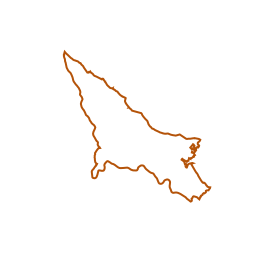 Ungra, Brasov, Romania, rotated 59°
{"feature_id": "2599482B21133330999622", "entity_name": "Ungra", "entity_type": "district", "adm_level": 2, "iso_a3": "ROU", "parent_name": "Romania", "parent_adm1": "Brasov", "projection": "natural_earth1", "projection_center": [25.208, 45.983], "detail": "fine", "context": "isolated", "style": "outline", "palette": "amber", "viewbox_px": 256, "rotation_deg": 59, "n_neighbors": 0, "source": "geoboundaries", "source_scale": "gbopen_adm2", "svg_char_len": 5807}
<svg xmlns="http://www.w3.org/2000/svg" viewBox="0 0 256 256"><g transform="rotate(59 128 128)"><path d="M153.8,182.6L154.0,182.2L154.1,181.3L154.0,180.7L153.5,179.8L152.3,178.3L149.4,175.4L149.4,174.6L150.4,173.4L151.0,172.8L151.7,171.7L151.8,171.4L151.9,170.8L151.8,170.4L151.2,169.4L150.3,168.6L149.3,168.0L148.0,167.6L147.5,167.3L146.8,166.4L146.4,165.5L145.9,163.8L145.8,163.2L145.8,162.8L146.0,162.5L146.4,162.1L148.5,161.0L149.8,160.5L150.4,160.1L151.2,159.3L151.6,159.0L152.9,158.3L156.4,156.9L157.5,156.2L157.9,155.9L158.7,154.8L160.0,152.3L161.2,149.8L161.8,148.8L163.0,147.9L164.8,147.1L165.5,146.7L166.9,145.5L168.5,143.1L168.8,142.3L168.8,141.9L168.6,141.4L168.3,140.8L167.5,140.1L167.2,139.6L167.0,139.2L166.8,137.4L166.8,136.9L166.8,136.3L167.1,135.6L167.3,135.2L168.1,134.3L168.5,134.1L169.3,133.9L170.6,133.9L172.3,133.7L173.3,133.4L176.6,132.2L178.0,131.5L179.7,130.0L180.3,129.7L183.6,129.6L185.7,129.2L186.5,129.2L188.1,129.5L190.8,129.9L191.7,129.7L192.6,128.9L192.9,128.3L193.1,127.4L193.1,126.8L192.7,125.5L192.2,124.6L191.9,124.1L191.8,123.4L191.8,122.7L192.2,121.0L192.8,120.3L193.4,119.9L193.9,119.7L194.5,119.6L195.7,119.7L196.5,120.1L199.2,122.2L200.4,122.8L203.4,123.2L205.0,123.6L205.4,123.5L206.4,123.1L207.0,122.4L207.7,120.6L208.4,119.5L209.5,118.4L211.6,117.0L216.6,114.5L217.0,114.3L219.0,113.9L221.9,112.7L222.9,112.4L223.3,112.2L223.4,111.6L223.4,111.2L223.2,110.8L222.5,110.3L221.5,110.1L221.3,109.8L221.2,109.0L221.0,108.6L220.4,107.8L220.3,107.5L220.4,106.8L222.2,105.1L223.0,104.5L223.5,104.3L224.8,104.0L225.9,103.6L225.3,102.8L224.4,101.1L224.2,101.3L223.6,100.2L223.7,99.8L223.7,98.6L223.1,98.0L222.8,96.8L223.4,96.3L223.4,96.0L223.2,94.4L222.0,93.6L222.0,93.1L222.1,92.5L222.9,91.1L222.4,90.2L221.9,88.8L221.2,88.1L220.4,89.2L219.3,90.1L218.5,90.1L218.0,90.3L217.8,90.2L217.1,90.4L215.4,90.4L214.3,90.8L213.8,91.2L213.8,91.8L213.1,92.1L212.2,92.3L210.3,92.4L205.2,92.4L203.9,92.2L202.3,92.2L201.9,92.4L200.0,92.5L191.9,92.4L191.6,91.6L191.5,90.9L191.6,90.5L191.1,90.9L190.1,93.9L190.1,95.0L190.3,95.8L190.4,95.7L191.5,97.1L191.4,97.3L192.2,97.9L192.2,98.0L191.7,98.4L190.9,98.5L190.7,97.6L188.7,96.9L188.6,97.9L185.3,97.1L184.8,97.4L184.9,97.5L182.8,98.4L182.6,98.1L182.8,97.9L182.5,97.3L184.4,96.6L184.7,96.2L186.2,95.7L186.5,95.4L187.1,95.0L186.8,94.6L187.1,94.4L186.8,93.6L186.8,93.2L187.1,93.0L185.3,91.2L186.7,90.3L186.3,90.0L186.3,89.7L186.2,89.6L186.6,88.8L186.1,86.6L186.6,86.5L186.6,86.2L185.7,86.0L185.7,84.6L183.6,84.8L182.1,81.0L181.1,80.8L179.9,78.3L180.8,77.8L180.4,76.8L180.0,76.3L179.8,76.1L179.4,76.1L178.5,76.4L178.0,76.5L177.5,76.4L176.5,75.6L176.2,73.6L175.8,72.7L175.3,72.1L174.9,72.3L173.9,72.9L171.0,76.1L171.1,76.3L170.8,76.7L170.5,77.1L169.3,80.1L168.3,81.8L167.8,83.0L167.2,83.7L160.2,87.0L159.1,91.0L157.0,93.5L155.7,94.8L153.3,96.6L152.4,98.5L151.5,99.9L150.6,100.7L150.3,101.1L149.8,101.4L148.2,102.9L147.0,103.6L143.8,105.8L141.8,106.7L141.1,107.5L140.5,107.7L138.8,107.9L138.1,108.3L135.5,108.5L133.1,108.0L132.0,107.8L130.6,108.1L129.2,108.5L125.9,109.0L124.2,109.1L123.0,108.9L122.1,109.0L115.2,115.6L113.8,115.7L113.5,115.8L111.9,116.4L110.8,116.5L110.7,116.8L110.6,116.6L110.4,116.7L110.1,116.5L110.2,116.4L110.0,116.6L108.9,116.8L106.7,117.1L106.3,117.0L105.9,117.1L105.7,117.0L105.1,117.1L104.0,116.9L103.3,116.7L102.1,115.5L101.9,115.4L101.6,115.0L101.2,114.6L100.7,114.8L100.6,115.0L100.0,115.2L98.5,116.4L98.3,116.4L98.2,116.6L97.5,116.8L97.4,117.0L95.0,117.9L93.8,118.0L93.4,118.2L91.4,118.3L90.1,119.3L89.7,119.3L89.1,119.6L88.9,119.6L88.5,119.7L88.1,120.0L87.5,120.2L87.5,120.4L87.0,120.7L86.2,120.8L86.0,120.6L86.0,121.0L85.6,121.5L84.6,122.5L83.9,122.9L82.7,123.1L82.0,123.4L80.2,123.8L79.4,123.8L78.8,123.7L78.0,123.7L77.8,123.8L77.0,123.8L76.8,123.8L76.6,123.9L76.4,123.7L76.2,123.9L74.8,123.9L74.6,124.0L73.7,123.9L73.0,124.0L72.6,124.5L72.5,124.8L72.8,125.4L67.8,128.5L66.1,129.8L65.2,130.2L63.5,130.3L62.6,130.7L61.6,131.0L61.3,131.3L60.9,131.3L60.2,131.3L60.4,131.8L60.3,132.0L60.1,132.2L60.2,132.5L59.8,132.7L59.8,133.0L60.2,133.1L60.2,133.3L60.0,133.5L59.9,133.8L59.5,134.3L53.5,134.7L52.0,134.6L51.4,134.7L49.8,135.2L49.4,135.3L48.4,135.2L48.2,135.4L47.8,135.4L47.6,135.6L47.1,136.1L45.8,136.4L44.9,136.8L43.6,138.0L43.3,138.1L42.1,139.3L40.8,140.0L39.9,140.2L38.5,140.9L33.6,142.2L32.6,142.6L30.1,143.0L31.7,144.7L32.4,145.1L32.3,145.3L33.3,145.9L34.9,146.4L36.4,146.6L38.8,147.7L39.5,147.7L44.7,149.5L47.7,149.7L48.7,149.6L51.2,148.9L53.0,149.0L55.7,149.4L56.8,149.7L59.0,150.4L60.2,150.6L64.0,150.3L65.1,150.0L67.0,149.8L68.2,149.6L70.4,149.8L71.4,149.9L72.3,150.2L72.9,150.5L73.9,151.4L74.8,152.0L77.6,151.7L79.8,152.1L80.2,152.5L81.1,153.8L81.3,154.2L82.7,155.7L83.4,156.1L85.6,156.8L86.6,157.0L89.1,156.9L89.7,156.7L91.7,156.8L93.6,157.0L95.0,157.3L95.6,157.2L97.0,156.6L98.2,156.4L99.5,156.3L101.8,156.8L104.4,156.6L105.0,156.7L106.4,156.3L107.4,155.9L107.7,155.8L108.4,155.6L109.5,155.6L110.6,155.7L111.6,156.8L113.5,159.6L114.9,160.9L116.6,161.5L119.7,161.5L121.3,161.6L123.0,161.6L123.9,161.2L124.9,161.2L126.7,162.6L128.6,162.7L129.5,162.5L129.7,162.4L129.8,162.3L130.7,162.3L130.4,162.9L130.2,163.9L130.6,165.1L131.2,166.6L132.1,168.3L132.3,168.9L132.9,169.4L133.5,169.6L133.9,170.0L134.4,170.7L135.6,171.4L136.0,171.8L136.8,172.0L138.3,172.8L140.3,173.6L140.8,173.6L141.8,173.5L142.2,173.4L142.8,173.0L143.7,174.5L143.4,174.7L144.1,175.8L144.7,177.4L145.1,178.0L145.4,178.9L145.8,180.2L146.2,181.0L146.8,181.6L151.9,183.9L152.2,183.9L152.7,183.7L153.2,183.3L153.8,182.6ZM176.0,80.3L176.3,80.7L177.5,80.3L177.7,80.8L178.0,80.8L178.3,81.3L179.3,80.9L179.8,81.3L180.0,81.2L180.4,81.4L180.8,81.3L181.0,81.4L181.3,82.5L178.9,83.3L179.3,84.2L176.9,84.7L175.6,81.0L175.4,80.6L176.0,80.3ZM182.8,85.1L181.9,85.9L181.4,85.4L182.3,84.7L182.8,85.1Z" fill="none" stroke="#b45309" stroke-width="2"/></g></svg>